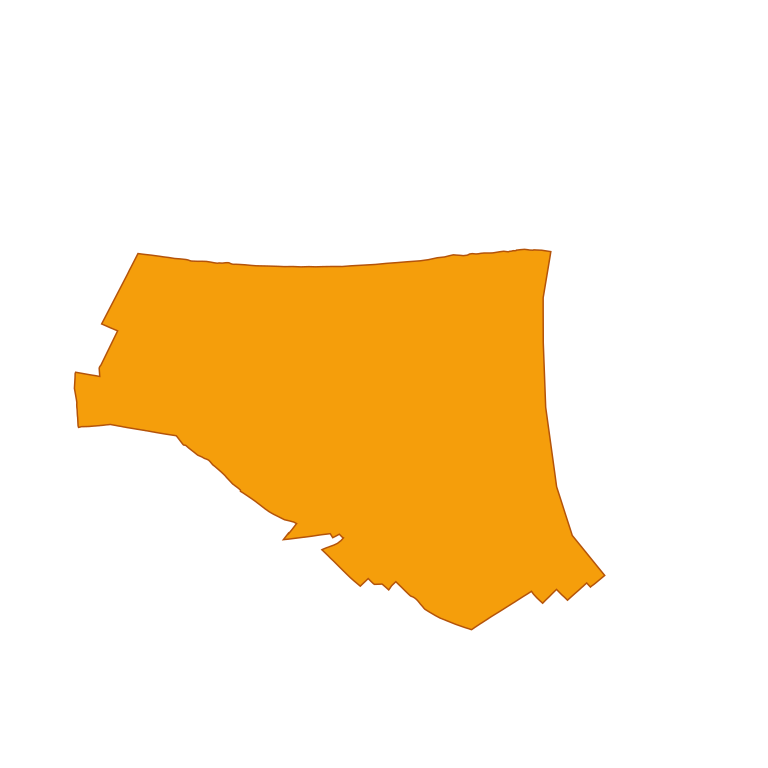 Ciudad Madero, Tamaulipas, Mexico, rotated 296°
{"feature_id": "50627088B64715613220585", "entity_name": "Ciudad Madero", "entity_type": "district", "adm_level": 2, "iso_a3": "MEX", "parent_name": "Mexico", "parent_adm1": "Tamaulipas", "projection": "robinson", "projection_center": [-97.839, 22.278], "detail": "fine", "context": "isolated", "style": "filled", "palette": "amber", "viewbox_px": 768, "rotation_deg": 296, "n_neighbors": 0, "source": "geoboundaries", "source_scale": "gbopen_adm2", "svg_char_len": 4827}
<svg xmlns="http://www.w3.org/2000/svg" viewBox="0 0 768 768"><g transform="rotate(296 384 384)"><path d="M308.7,666.3L313.5,655.9L323.8,633.8L330.4,619.6L334.9,615.3L345.7,604.9L356.9,594.2L367.3,584.2L378.7,576.6L434.0,539.5L491.2,508.9L495.1,507.0L519.5,495.0L531.4,489.2L533.8,488.5L570.9,477.5L576.1,475.9L573.4,467.2L570.2,459.8L569.6,459.3L568.3,456.3L567.5,453.7L566.6,451.2L564.7,448.0L562.7,444.9L562.4,444.4L562.1,444.4L561.3,443.5L560.4,441.6L559.1,440.1L558.3,438.7L557.3,437.8L555.8,433.4L553.7,430.2L551.5,427.1L550.0,425.0L549.1,423.6L547.3,420.0L545.7,416.7L543.8,413.6L542.4,411.7L541.2,409.7L539.9,406.2L538.4,404.0L536.3,402.4L534.1,399.0L533.1,396.2L531.7,392.8L530.5,389.7L528.1,386.7L524.7,382.7L520.8,376.5L515.2,369.4L510.5,362.4L504.3,351.7L499.0,342.8L493.6,333.5L487.7,323.9L481.2,312.3L475.8,302.6L471.3,295.0L468.3,288.8L467.1,286.3L462.9,278.0L459.3,271.1L456.6,265.1L452.9,258.1L449.5,250.3L445.8,243.0L444.0,238.8L442.8,236.1L438.7,227.0L434.3,217.5L432.4,212.7L430.2,206.8L427.9,201.2L426.6,198.2L425.7,196.5L425.2,195.0L425.0,193.6L425.0,191.7L424.7,190.7L423.7,188.7L421.7,185.6L420.5,182.7L419.5,181.3L418.5,178.2L417.5,174.5L416.3,170.6L414.6,166.8L412.5,162.5L410.7,158.4L410.2,157.3L409.8,155.8L409.6,153.6L409.1,151.5L407.0,145.7L405.0,140.7L403.7,136.3L403.2,134.7L401.6,130.1L400.5,126.5L400.0,125.0L397.8,118.4L395.2,111.1L393.4,105.7L377.9,105.4L375.5,105.3L373.0,105.3L370.5,105.3L315.0,103.9L314.2,103.9L314.6,114.1L315.0,121.3L277.0,121.3L275.5,121.0L274.4,120.9L273.3,121.1L266.2,125.2L265.8,124.0L265.1,121.3L264.1,118.1L263.5,116.1L259.4,101.7L258.1,101.8L256.5,102.5L254.1,103.6L244.5,107.6L244.1,107.8L243.9,108.0L235.1,114.4L232.6,116.1L230.7,116.9L228.5,118.1L226.3,119.5L224.1,120.7L221.9,121.9L220.4,122.8L219.7,123.3L212.6,127.2L211.7,127.9L211.1,128.5L212.5,130.2L213.0,130.7L214.2,133.1L215.5,135.6L216.9,138.2L217.8,139.6L218.3,140.5L219.1,141.8L219.7,142.9L220.5,144.2L220.8,144.7L221.9,146.6L222.1,146.8L223.2,148.7L223.4,149.0L224.8,151.2L225.3,151.9L226.3,153.6L227.3,155.2L227.6,155.5L228.5,158.8L229.2,161.2L229.5,162.4L229.9,163.9L230.6,166.1L230.7,166.5L231.4,169.3L231.6,169.8L232.2,172.1L232.6,173.4L233.2,175.4L233.7,177.1L234.0,178.1L234.8,180.8L235.0,181.5L235.9,184.4L236.0,184.8L236.9,187.8L237.1,188.3L237.6,190.3L237.9,191.1L238.7,193.9L239.5,196.9L240.1,198.8L240.3,199.7L241.1,202.4L243.0,208.9L244.4,213.4L244.5,213.7L245.4,216.6L246.0,218.5L246.4,220.1L244.7,223.5L241.9,229.1L241.3,230.5L241.9,232.6L241.8,233.2L240.9,236.4L240.3,239.1L240.2,239.6L239.3,243.8L238.6,246.8L238.4,247.9L238.6,252.4L238.4,255.3L238.7,257.6L238.7,259.7L238.1,261.5L236.3,265.5L235.7,268.4L233.5,276.5L232.0,281.2L231.0,283.4L228.5,290.0L228.2,290.7L227.7,292.2L226.8,297.1L226.4,299.0L225.8,301.4L225.5,301.6L224.6,302.0L224.4,304.5L224.3,305.4L223.8,309.0L223.1,313.9L222.3,319.0L220.0,330.3L219.9,330.9L219.8,331.1L219.6,332.1L219.4,333.6L218.9,336.4L218.7,338.9L218.5,342.0L218.5,344.8L218.4,351.8L218.4,353.2L218.4,354.1L218.6,355.0L219.2,357.6L219.6,359.4L219.7,359.9L220.1,362.2L220.4,363.3L220.3,364.2L220.3,365.1L220.2,366.4L220.2,366.6L216.3,365.8L211.9,364.9L210.0,364.4L207.8,363.9L208.1,363.5L200.0,361.8L203.1,366.8L207.1,372.9L211.3,379.3L211.5,379.7L215.2,385.3L215.4,385.6L217.4,388.5L219.5,391.5L221.4,394.3L225.9,401.3L223.4,405.3L226.3,407.5L229.4,409.7L228.0,413.7L227.9,415.0L224.4,414.0L224.0,413.8L223.6,413.6L220.3,412.0L220.2,411.9L217.2,409.5L211.4,403.9L208.1,401.0L207.8,400.8L205.1,409.2L204.6,410.6L203.9,412.5L203.1,415.2L201.4,420.2L200.7,422.2L199.4,426.0L198.0,430.1L196.7,434.0L196.6,434.3L195.5,437.7L195.2,438.6L194.1,442.6L193.9,443.3L191.9,451.3L199.5,454.1L202.2,455.1L200.8,459.1L199.8,462.3L199.8,463.4L202.9,469.2L203.2,469.6L203.3,470.2L202.1,474.7L201.0,478.5L203.2,478.9L205.6,479.2L207.2,479.7L209.3,480.5L211.5,481.3L210.1,485.5L208.8,489.5L207.4,493.5L206.0,497.8L205.5,499.4L205.2,500.5L205.1,501.1L205.2,502.2L205.3,503.4L205.2,504.7L205.2,505.1L204.6,507.6L203.9,509.5L202.8,511.9L202.2,513.1L202.1,513.3L200.7,516.7L200.2,517.6L199.5,519.4L199.0,524.1L198.4,531.7L198.2,537.2L199.0,547.9L199.4,553.5L200.0,558.7L200.6,563.7L201.1,566.9L201.2,567.3L201.4,569.3L201.6,570.4L204.6,572.1L204.9,572.2L206.3,573.1L206.7,573.3L211.3,576.0L212.5,576.8L213.2,577.2L222.1,582.5L225.9,584.9L229.5,587.2L233.5,589.7L237.6,592.2L241.8,594.8L246.1,597.5L246.3,597.6L250.1,599.9L254.2,602.4L258.3,605.0L262.3,607.4L260.6,610.6L258.8,615.2L257.6,619.0L256.5,622.7L260.8,624.1L265.4,625.8L269.9,627.3L275.0,629.1L273.7,632.7L272.5,636.1L271.4,639.9L270.1,643.7L275.1,645.7L279.5,647.5L284.0,649.4L286.0,650.2L287.6,650.8L289.4,651.6L291.3,652.3L294.0,653.4L292.5,657.3L292.0,658.6L292.4,658.7L293.1,659.0L293.3,659.1L295.7,660.4L298.0,661.5L298.9,661.9L308.7,666.3Z" fill="#f59e0b" stroke="#b45309" stroke-width="1.5"/></g></svg>